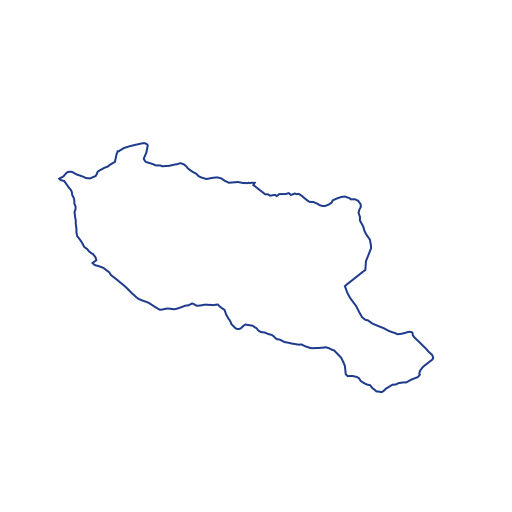 Yalang, Tashi Yangtse, Bhutan (orthographic projection), rotated 38°
{"feature_id": "84629894B30555243283294", "entity_name": "Yalang", "entity_type": "district", "adm_level": 2, "iso_a3": "BTN", "parent_name": "Bhutan", "parent_adm1": "Tashi Yangtse", "projection": "orthographic", "projection_center": [91.668, 27.462], "detail": "fine", "context": "isolated", "style": "outline", "palette": "blue", "viewbox_px": 512, "rotation_deg": 38, "n_neighbors": 0, "source": "geoboundaries", "source_scale": "gbopen_adm2", "svg_char_len": 4582}
<svg xmlns="http://www.w3.org/2000/svg" viewBox="0 0 512 512"><g transform="rotate(38 256 256)"><path d="M157.7,360.3L159.5,360.3L161.4,360.3L164.0,360.4L169.3,360.5L173.2,360.7L175.4,361.0L181.3,361.8L184.4,361.9L186.6,362.2L189.9,362.1L193.4,361.2L197.1,359.9L199.7,359.1L201.9,358.8L204.7,358.6L207.7,358.3L209.6,358.1L211.4,357.9L213.4,357.5L215.1,355.9L217.4,353.1L218.9,351.6L221.2,350.2L223.8,348.7L225.1,347.5L226.2,346.1L228.0,343.4L229.4,341.1L230.5,339.3L231.1,338.3L232.2,337.4L232.9,336.8L234.4,333.9L234.8,332.8L236.2,332.3L237.8,332.0L239.2,331.9L240.2,331.5L242.8,329.1L245.2,326.3L247.1,324.7L248.3,324.0L251.0,322.0L252.4,321.2L254.6,318.9L255.8,317.7L257.3,318.0L260.7,318.1L264.3,317.8L267.6,319.9L269.1,320.8L270.8,321.4L273.1,322.4L274.9,322.8L277.5,324.1L278.4,324.8L282.3,325.3L284.1,325.5L285.7,325.3L287.6,324.0L288.6,322.2L289.1,318.6L289.8,316.6L296.3,313.0L299.1,312.9L300.8,312.6L303.9,313.3L306.6,312.9L310.1,310.9L314.2,309.8L316.9,308.5L319.4,308.4L322.1,308.8L323.9,308.6L326.3,307.2L329.2,306.7L331.8,306.1L334.5,304.6L338.2,302.9L344.4,299.5L346.2,297.7L347.9,297.4L350.5,296.8L353.6,295.7L356.0,294.8L358.3,293.0L362.1,289.8L365.4,286.8L367.1,285.0L370.1,283.8L373.6,283.1L375.8,282.3L378.4,282.7L383.0,283.3L385.7,283.7L390.0,285.8L393.7,287.9L397.3,291.6L399.5,293.9L402.2,294.2L405.8,291.2L407.5,290.4L409.7,289.3L412.2,288.9L415.5,290.0L419.3,289.7L422.8,288.9L425.4,287.6L428.9,288.4L432.2,288.4L434.3,288.6L436.2,287.2L438.3,286.4L439.2,285.2L439.8,282.8L440.0,280.7L441.5,276.8L442.8,273.3L443.7,272.6L445.3,271.2L446.4,268.7L449.5,265.3L452.3,263.0L454.2,258.4L456.3,254.7L458.0,252.0L458.2,249.4L458.1,248.6L457.1,248.1L456.8,247.5L456.3,246.6L455.9,245.0L455.9,243.6L455.8,241.2L456.3,238.4L457.1,235.5L457.9,232.1L458.6,229.7L458.7,228.1L458.3,227.1L456.8,226.1L455.8,225.6L454.5,225.4L451.4,225.2L449.5,224.9L446.5,224.3L441.7,223.8L437.3,223.2L434.4,223.0L430.8,222.6L428.2,221.8L427.6,221.1L426.5,220.2L425.4,220.2L424.5,220.7L423.7,221.2L422.9,221.9L421.9,223.2L421.2,224.4L419.3,226.8L417.8,228.5L416.9,229.4L415.9,230.3L415.1,230.8L413.6,230.9L411.2,231.8L407.2,233.2L400.9,234.3L396.3,235.7L389.3,237.6L383.9,237.8L381.3,239.0L377.0,238.9L375.2,238.0L372.1,236.8L366.0,233.9L355.9,231.1L350.5,228.7L344.6,225.0L345.4,221.1L346.9,215.2L349.7,203.5L350.3,201.3L350.8,199.7L345.9,192.5L342.0,179.4L340.4,177.2L335.7,173.0L329.0,170.9L325.8,169.3L322.4,166.8L315.9,164.0L314.1,161.4L310.2,158.8L308.9,155.8L308.4,152.8L306.6,150.8L302.5,149.6L299.0,150.4L296.0,152.9L294.0,152.9L289.5,154.4L287.0,156.8L284.2,161.1L282.2,164.9L282.7,167.3L281.7,170.6L279.5,174.3L277.4,175.7L274.8,176.8L272.7,176.9L267.8,178.2L264.7,180.5L261.5,180.6L259.2,180.6L255.6,180.4L253.4,180.5L251.4,180.8L249.8,182.4L248.0,182.9L247.4,184.2L245.9,186.4L243.1,186.3L241.1,189.0L236.2,192.9L235.4,196.0L233.4,196.1L229.8,199.9L227.5,200.0L225.3,201.7L210.2,201.7L209.9,199.2L209.1,199.8L207.5,200.9L205.9,202.7L204.9,202.9L204.3,203.9L201.3,206.2L196.1,208.9L189.5,215.0L185.0,216.0L180.9,216.2L179.0,217.0L176.8,218.1L173.9,220.9L169.5,225.9L165.1,227.6L162.1,228.4L157.9,228.0L154.3,228.7L151.3,228.9L148.4,228.9L146.1,228.3L142.8,228.2L139.6,229.2L138.6,230.2L137.2,232.5L136.3,233.2L131.7,238.8L130.5,239.7L126.8,243.1L125.3,243.4L124.2,244.0L121.9,245.9L120.1,246.7L118.6,246.9L111.5,249.6L110.4,249.6L107.7,248.5L107.4,247.6L105.9,242.0L102.8,235.7L101.7,235.0L98.9,235.6L97.9,236.4L97.2,237.0L95.4,239.2L92.0,243.3L89.0,247.1L85.5,252.2L83.7,256.8L83.5,257.9L82.5,258.6L83.3,261.0L83.6,262.0L86.9,268.7L84.9,273.6L84.3,275.9L84.2,276.7L83.7,277.5L82.8,278.9L82.2,279.8L81.4,281.9L81.1,282.6L80.5,283.8L79.9,285.2L79.5,286.5L79.5,287.9L80.0,289.0L80.3,291.0L80.4,291.8L79.9,292.6L77.5,297.0L74.5,299.0L72.7,299.6L71.4,299.8L68.0,300.9L65.1,302.0L62.5,302.5L59.7,302.9L58.3,303.5L57.6,304.1L56.0,305.6L55.5,307.5L55.2,312.0L54.7,313.1L53.3,316.2L54.3,316.4L55.4,316.4L58.7,315.0L66.8,317.4L69.7,318.0L71.5,319.0L73.1,320.6L73.9,321.2L75.9,322.1L77.4,323.0L78.8,324.4L79.7,325.3L80.3,326.2L81.3,327.0L83.5,328.2L84.8,330.1L85.2,330.7L85.6,332.3L86.1,333.4L87.9,335.0L89.0,336.3L91.8,338.7L92.4,339.3L92.9,339.9L93.4,340.8L97.8,345.2L99.9,347.9L103.0,350.5L104.5,350.8L107.6,351.6L109.7,352.3L112.3,353.3L114.3,354.3L115.3,354.6L117.3,354.6L118.5,354.4L120.9,355.0L122.9,355.2L125.1,355.1L126.3,354.8L128.3,355.3L129.9,355.7L130.9,356.2L132.8,357.7L132.0,360.1L131.5,362.2L133.6,362.4L135.6,362.1L137.5,361.1L141.5,359.8L143.2,359.3L146.4,359.3L150.5,359.2L153.3,360.3L154.9,360.3L157.7,360.3Z" fill="none" stroke="#1e3a8a" stroke-width="2"/></g></svg>